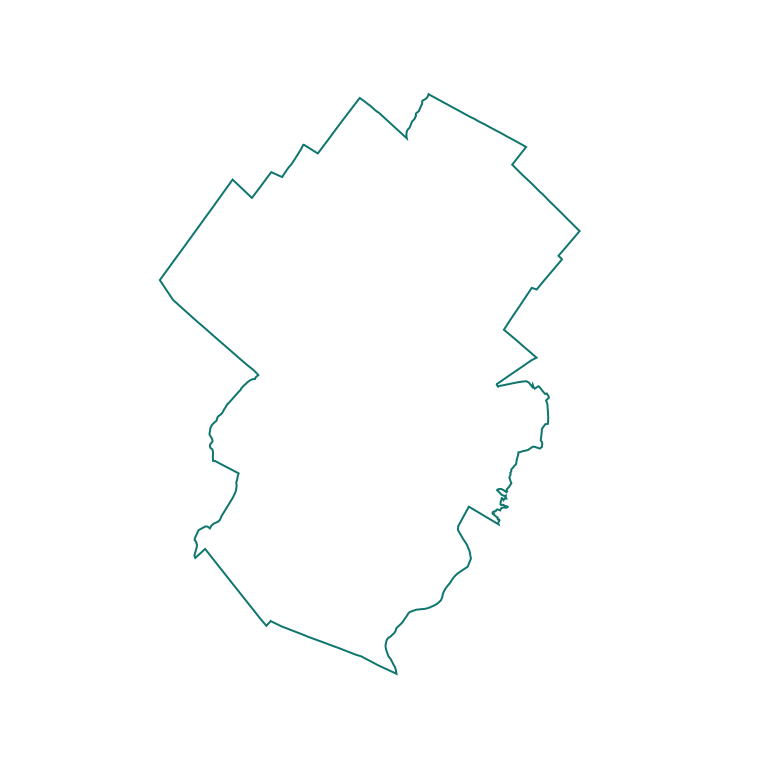 the district of Vacaresti, Dâmbovita, Romania, rotated 252°
{"feature_id": "2599482B45717783963826", "entity_name": "Vacaresti", "entity_type": "district", "adm_level": 2, "iso_a3": "ROU", "parent_name": "Romania", "parent_adm1": "Dâmbovita", "projection": "robinson", "projection_center": [25.508, 44.844], "detail": "fine", "context": "isolated", "style": "outline", "palette": "teal", "viewbox_px": 768, "rotation_deg": 252, "n_neighbors": 0, "source": "geoboundaries", "source_scale": "gbopen_adm2", "svg_char_len": 6142}
<svg xmlns="http://www.w3.org/2000/svg" viewBox="0 0 768 768"><g transform="rotate(252 384 384)"><path d="M469.0,617.3L479.1,612.1L483.1,610.0L486.5,608.3L490.5,606.3L503.2,599.7L506.7,597.8L507.9,597.2L509.7,596.4L515.7,593.4L516.1,593.2L517.6,592.2L532.0,584.8L532.7,584.3L532.9,584.2L540.9,579.8L553.0,573.7L565.5,592.4L568.7,589.5L576.2,582.5L582.1,576.8L586.3,573.0L591.2,568.1L600.3,559.5L604.5,555.2L608.4,551.7L611.7,548.2L618.2,542.1L643.6,518.0L644.8,516.9L645.6,516.3L645.9,516.0L644.9,515.2L644.0,514.5L643.1,513.5L642.6,512.5L642.3,511.8L641.9,510.0L641.7,508.6L641.2,507.7L640.0,507.4L638.9,506.9L638.1,506.4L637.4,505.5L635.5,503.9L634.7,503.1L633.6,502.2L632.8,501.6L632.5,500.9L631.9,499.1L631.4,498.0L630.6,497.5L629.1,497.3L628.5,496.4L627.6,496.0L626.9,495.2L625.8,493.4L624.9,491.7L622.8,490.0L620.7,488.3L619.6,487.2L618.8,485.4L617.2,483.8L615.0,482.6L612.2,481.8L610.6,481.6L643.3,463.1L643.6,462.9L643.9,462.6L644.7,462.0L645.4,461.4L646.2,460.9L647.2,460.2L649.7,458.8L651.3,457.8L653.2,456.7L655.2,455.2L659.8,452.1L662.7,449.9L663.5,449.3L661.9,446.9L646.6,424.7L641.7,417.8L637.1,411.3L634.4,407.6L630.9,402.6L625.9,395.4L624.0,392.7L623.8,392.2L626.4,390.0L630.4,386.7L636.3,381.7L636.4,381.4L636.4,381.1L636.2,380.9L633.9,378.6L631.9,376.4L629.7,373.8L624.4,367.4L621.3,363.5L620.9,362.7L620.3,361.7L619.3,360.0L617.7,357.9L614.1,353.2L612.8,351.8L612.3,351.3L613.0,350.3L614.8,348.3L620.3,342.3L620.1,341.9L614.6,334.1L610.1,327.8L603.2,317.9L601.8,315.9L602.1,315.7L624.8,303.4L625.2,303.2L607.7,279.4L607.5,279.2L596.2,263.6L596.0,263.4L579.2,240.3L579.0,240.1L564.4,219.8L564.2,219.6L552.1,202.9L539.9,206.3L529.1,209.4L505.0,223.3L504.8,223.5L501.1,225.6L495.1,229.3L489.1,232.9L482.6,236.7L476.6,240.3L469.5,244.6L466.5,246.4L458.9,250.9L449.6,256.5L445.4,259.1L445.0,259.3L443.2,260.5L437.7,264.1L433.3,266.4L431.3,267.2L430.8,266.0L430.4,264.9L429.9,263.8L428.6,262.8L429.1,261.0L429.1,259.2L428.7,257.2L427.7,254.2L427.0,253.0L425.8,250.2L424.0,247.0L422.8,245.9L421.6,243.6L418.5,238.2L416.3,234.6L413.9,230.3L413.3,229.3L413.3,228.8L411.2,226.6L410.3,225.4L409.2,224.0L408.0,222.9L406.3,221.0L405.7,220.0L405.2,218.5L404.7,217.0L404.3,216.0L403.6,215.2L402.4,214.4L401.4,213.8L400.8,213.2L400.1,211.6L399.4,209.9L398.4,208.0L396.9,206.3L395.5,205.1L394.7,204.7L393.5,204.3L391.9,203.3L390.3,202.6L390.0,202.5L389.2,202.5L387.4,203.0L385.0,203.5L383.7,203.5L382.9,203.3L382.3,203.1L380.5,200.3L379.6,199.6L378.7,199.2L377.6,199.1L376.9,199.2L375.4,200.2L374.6,200.6L373.4,200.5L371.7,200.2L370.3,199.7L367.6,198.7L364.8,198.0L363.9,197.8L363.6,197.7L363.4,198.5L363.0,199.5L359.2,203.2L344.0,218.1L343.9,218.0L342.9,217.4L340.6,215.8L339.0,215.1L338.1,214.6L337.3,213.9L336.4,213.3L335.5,213.0L332.9,212.4L331.0,211.6L329.0,210.6L327.6,209.7L326.2,208.5L322.7,205.2L320.8,203.0L313.8,194.8L308.8,188.9L305.6,186.1L304.3,183.7L303.8,178.9L302.6,176.0L300.5,173.8L303.0,172.1L303.7,170.0L302.3,162.5L295.7,156.4L293.9,155.7L292.6,156.4L289.5,156.5L287.2,155.8L279.5,150.7L277.6,150.7L276.9,150.8L282.4,162.9L281.7,163.2L278.6,164.3L274.8,165.7L270.7,167.2L241.6,178.0L238.7,179.1L232.5,181.4L229.5,182.5L223.8,184.6L222.8,185.0L212.4,188.9L211.9,189.1L200.5,193.3L199.3,193.8L198.7,194.0L197.5,194.5L190.4,197.4L193.6,203.0L193.4,203.1L184.8,212.0L184.7,212.2L169.9,230.4L167.1,233.6L161.1,241.3L160.7,241.7L160.5,242.1L160.2,242.4L159.0,244.0L150.0,255.3L147.6,258.4L146.6,259.7L135.8,272.8L132.0,278.2L117.9,291.9L105.4,305.4L104.5,306.3L108.3,306.9L111.5,306.9L114.2,306.3L120.1,305.4L123.8,304.1L130.7,303.9L133.6,304.3L135.4,304.9L136.6,305.6L138.4,306.6L140.1,307.9L141.2,309.7L141.8,312.2L143.1,314.8L143.8,316.5L144.6,317.6L146.1,319.1L148.0,320.3L149.1,322.6L149.9,324.5L150.8,326.3L151.9,328.3L154.0,330.8L155.8,333.3L158.4,336.4L159.2,338.3L159.3,342.0L159.4,344.7L159.1,346.3L158.7,347.9L158.4,349.7L158.0,351.1L157.5,353.6L157.3,356.6L157.4,358.6L157.5,359.4L157.8,362.6L158.4,365.8L158.9,367.4L159.6,369.1L160.7,371.3L163.1,373.4L166.3,375.2L168.6,377.3L171.0,380.0L172.5,382.3L174.5,385.4L177.1,388.5L179.1,391.4L180.9,395.0L182.0,398.6L183.2,402.9L184.4,407.2L191.1,412.7L198.6,413.7L205.5,413.2L212.4,411.3L222.4,409.2L225.9,410.7L241.1,426.8L215.1,449.6L216.2,449.6L217.1,450.1L218.7,451.7L219.5,451.6L220.1,450.4L221.2,450.4L221.8,450.8L223.1,449.8L225.3,448.4L226.5,448.4L226.3,447.8L227.1,447.2L228.1,447.5L228.7,448.3L228.7,449.0L228.8,450.1L228.4,450.7L228.5,451.0L229.1,451.5L229.7,452.6L229.6,453.3L227.9,455.4L229.1,456.5L229.7,457.2L229.7,459.5L229.1,460.8L228.6,461.9L228.6,462.9L228.9,463.6L230.0,462.7L230.5,461.1L231.6,460.7L232.4,459.7L232.5,458.2L233.6,457.6L234.1,457.9L235.5,458.3L236.1,458.6L237.0,459.6L238.1,460.0L239.1,460.8L238.9,461.1L238.3,461.4L236.7,461.9L237.3,462.5L237.5,463.2L237.5,464.0L237.2,465.0L237.8,465.0L238.6,464.4L239.3,465.0L240.3,465.4L240.3,464.0L241.1,462.9L242.6,461.4L244.4,460.7L246.1,459.8L248.1,458.7L248.6,459.5L248.4,461.4L247.9,463.1L245.7,465.3L243.2,467.1L243.8,467.9L245.2,467.9L246.2,468.6L247.4,471.1L248.8,472.7L250.3,474.5L252.2,474.3L255.0,474.4L256.0,474.2L257.2,474.9L258.3,476.0L259.2,476.6L260.3,476.6L261.7,478.1L262.3,478.3L263.3,478.6L263.7,479.1L264.5,480.8L265.9,482.7L266.7,484.5L267.6,485.2L270.1,486.4L272.3,487.7L274.7,489.4L276.0,490.1L277.5,490.8L277.2,491.9L277.2,495.8L276.9,498.6L276.7,500.5L277.6,503.2L278.4,506.5L276.9,509.0L274.4,512.2L275.4,514.8L278.4,516.1L280.0,516.3L281.9,515.6L285.3,517.2L288.3,518.6L292.5,520.3L295.9,524.9L295.5,527.6L301.8,530.0L314.1,533.1L318.3,533.1L320.0,536.6L321.9,536.6L324.7,535.9L324.7,534.2L328.2,532.7L332.0,531.4L334.1,530.4L333.9,529.2L333.0,525.9L335.1,525.2L337.2,525.2L335.4,524.1L340.6,522.2L342.6,520.3L343.2,517.9L344.0,513.7L344.6,509.2L345.9,497.7L346.6,492.1L346.3,491.7L347.5,491.2L348.3,491.0L349.1,491.3L349.4,492.6L350.6,496.5L351.7,500.2L352.9,504.1L356.8,517.5L358.0,521.6L360.9,531.1L361.2,532.6L361.9,537.2L379.9,526.3L385.5,523.0L398.5,514.8L404.9,522.6L411.5,531.0L416.0,536.8L429.8,554.3L426.7,558.4L433.2,568.6L446.1,589.5L447.4,591.7L448.7,591.4L452.0,589.5L457.6,598.8L469.0,617.3Z" fill="none" stroke="#0f766e" stroke-width="2"/></g></svg>